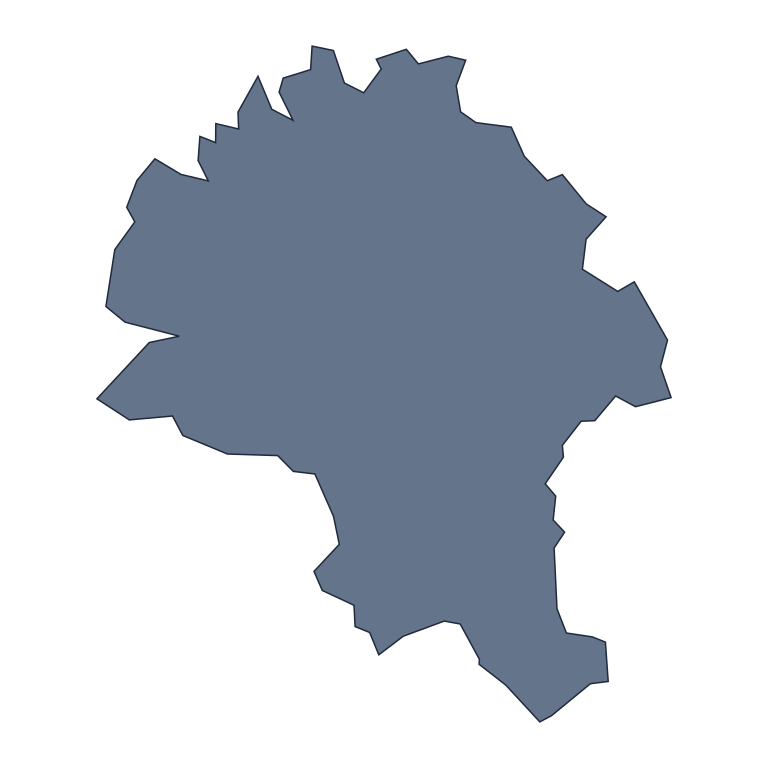 Boone, West Virginia, United States of America
{"feature_id": "52423323B6396533628849", "entity_name": "Boone", "entity_type": "district", "adm_level": 2, "iso_a3": "USA", "parent_name": "United States of America", "parent_adm1": "West Virginia", "projection": "equal_earth", "projection_center": [-81.709, 37.997], "detail": "fine", "context": "isolated", "style": "filled", "palette": "slate", "viewbox_px": 768, "rotation_deg": 0, "n_neighbors": 0, "source": "geoboundaries", "source_scale": "gbopen_adm2", "svg_char_len": 1208}
<svg xmlns="http://www.w3.org/2000/svg" viewBox="0 0 768 768"><path d="M149.3,342.5L96.9,398.8L129.3,419.9L172.5,416.0L182.8,435.5L227.4,454.0L277.7,455.6L293.3,471.4L314.9,474.0L333.5,516.3L339.3,544.3L314.0,571.4L322.3,590.5L354.0,605.3L355.1,626.6L369.7,632.5L378.8,654.8L403.3,636.2L444.2,621.1L460.2,624.0L479.4,659.3L479.1,664.3L505.8,685.1L539.8,721.9L551.6,715.6L590.4,683.7L608.2,681.5L605.4,642.1L592.3,636.9L566.4,633.0L557.0,608.8L554.1,548.0L564.6,532.2L553.2,520.0L555.7,496.1L545.2,483.8L563.4,457.2L562.4,445.3L581.2,421.2L594.8,420.7L615.6,396.0L635.5,406.7L671.1,397.6L660.5,366.8L667.5,340.1L634.3,281.8L617.7,291.4L582.4,269.2L586.1,239.2L606.1,216.8L586.1,203.8L562.3,174.6L547.3,180.7L524.3,156.3L511.3,127.2L475.9,122.6L460.6,111.8L456.2,85.7L465.7,60.2L448.3,56.2L418.4,63.9L406.3,49.3L376.3,59.2L381.2,69.0L363.7,92.8L344.4,83.0L333.4,50.5L312.1,46.1L310.6,69.6L283.2,78.1L279.1,92.1L293.0,120.3L271.8,109.3L258.0,76.3L238.0,112.1L238.6,129.0L215.8,123.6L215.6,142.6L199.9,136.4L198.1,160.5L208.3,180.9L180.9,174.4L154.9,158.8L137.0,180.4L126.7,207.3L134.8,221.9L114.8,249.6L105.9,306.5L125.1,322.2L179.3,336.2L149.3,342.5Z" fill="#64748b" stroke="#1e293b" stroke-width="1.5"/></svg>